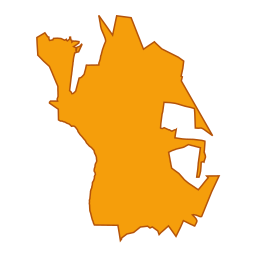 the district of Osumacinta, Chiapas, Mexico
{"feature_id": "50627088B17326140216089", "entity_name": "Osumacinta", "entity_type": "district", "adm_level": 2, "iso_a3": "MEX", "parent_name": "Mexico", "parent_adm1": "Chiapas", "projection": "equal_earth", "projection_center": [-93.085, 16.896], "detail": "fine", "context": "isolated", "style": "filled", "palette": "amber", "viewbox_px": 256, "rotation_deg": 0, "n_neighbors": 0, "source": "geoboundaries", "source_scale": "gbopen_adm2", "svg_char_len": 4977}
<svg xmlns="http://www.w3.org/2000/svg" viewBox="0 0 256 256"><path d="M212.6,135.7L181.3,80.9L182.3,76.8L181.1,76.2L182.8,68.4L183.7,61.1L178.3,57.2L161.8,48.9L158.9,46.2L155.2,42.7L154.4,41.8L148.3,45.9L145.8,47.6L143.5,49.2L141.1,43.2L139.3,38.5L137.7,34.5L135.7,29.4L133.2,23.0L131.1,17.7L126.8,17.1L122.1,16.5L116.7,15.8L115.9,19.5L114.0,28.5L112.6,35.1L104.9,24.1L101.4,19.2L99.6,16.6L98.7,15.4L99.0,16.8L99.3,17.9L99.5,19.2L99.7,20.6L99.9,21.6L100.1,22.6L100.4,24.3L100.6,26.1L101.3,29.0L102.8,32.6L103.4,33.9L104.5,36.6L105.3,38.8L105.6,40.5L105.6,41.5L104.4,44.3L103.6,46.5L102.5,49.6L101.5,53.5L101.3,54.5L100.7,56.0L100.3,58.9L99.5,61.4L98.9,63.1L98.8,65.0L93.4,65.1L91.6,65.1L90.9,65.1L88.7,65.2L86.4,65.1L86.2,65.7L86.2,66.0L85.5,69.2L84.2,74.0L84.0,74.5L81.9,76.8L80.8,77.6L79.1,78.1L75.7,91.1L74.7,92.1L73.3,93.4L72.9,93.5L71.9,93.7L71.1,92.0L69.6,90.6L71.1,77.7L71.3,76.2L71.6,74.3L71.8,72.2L72.0,71.1L72.1,70.0L72.3,68.1L72.7,65.2L72.9,63.9L72.9,62.8L73.2,61.5L73.3,60.6L73.3,60.2L73.5,58.6L73.6,57.9L73.8,56.9L74.0,56.1L74.6,53.5L74.6,53.3L74.7,53.0L76.4,52.4L76.5,52.3L77.4,52.1L78.6,51.8L81.9,44.7L81.7,44.3L81.6,44.2L79.7,46.3L76.9,47.3L76.1,51.6L75.9,49.8L76.2,48.4L75.9,47.8L73.6,46.6L76.5,44.7L78.9,42.9L79.0,41.6L75.5,41.1L74.0,41.2L73.2,41.0L71.9,42.1L71.7,40.3L70.9,40.0L70.5,37.2L70.3,37.3L70.1,37.4L69.7,37.3L69.8,38.4L69.5,39.1L68.9,39.6L67.5,40.9L67.3,40.9L66.9,40.4L66.6,40.3L66.4,39.3L64.6,40.2L64.4,40.1L61.0,38.5L57.4,38.2L53.5,38.4L52.9,39.8L50.0,40.4L49.8,40.4L49.7,40.5L49.5,40.4L49.0,39.0L48.9,38.7L48.9,37.8L48.9,37.1L47.7,36.8L44.9,32.8L38.8,36.4L36.9,37.5L36.9,38.5L37.1,43.2L37.2,45.0L37.8,54.6L37.7,55.0L43.7,61.2L49.4,66.4L51.5,71.2L52.4,73.3L53.3,75.6L53.7,76.4L54.6,78.7L55.5,80.7L56.0,82.0L56.6,83.4L57.1,84.5L57.9,86.4L57.9,87.1L57.9,90.0L58.0,92.1L58.0,93.7L58.1,96.4L57.1,99.1L57.6,101.1L50.5,101.1L49.5,102.2L49.5,103.1L58.3,109.2L58.5,119.9L60.4,121.0L62.3,121.1L63.6,121.8L64.3,121.8L65.5,122.4L67.1,123.3L68.1,123.6L69.3,124.1L70.6,125.3L71.5,126.3L72.2,126.2L72.9,126.0L74.1,126.2L75.4,127.1L76.5,128.6L77.4,129.7L78.1,131.7L80.2,134.7L82.0,136.6L84.0,139.1L85.3,140.5L86.5,142.9L87.9,144.4L89.3,146.0L91.4,147.5L94.0,150.4L94.5,152.8L95.7,155.2L96.4,157.2L96.5,159.0L96.7,160.3L96.6,161.6L95.4,163.9L95.1,165.1L95.0,166.7L94.4,168.4L94.1,170.1L94.3,171.5L95.1,172.5L95.2,173.5L95.4,174.4L94.4,176.4L94.4,178.2L94.0,179.5L93.4,181.0L92.5,182.4L92.4,183.3L92.3,185.1L91.9,186.4L91.7,188.0L91.0,189.5L90.5,191.5L90.5,192.3L90.4,193.1L90.3,194.3L90.2,195.5L90.0,197.3L89.9,198.7L89.4,200.1L89.5,202.1L89.3,203.2L89.6,205.2L89.7,207.9L89.8,209.4L89.9,210.8L90.7,213.3L91.6,217.1L92.4,220.0L92.9,221.0L93.4,222.7L93.6,223.4L94.0,224.1L94.4,225.0L111.0,225.2L117.9,225.3L118.2,227.0L119.4,234.2L120.4,240.6L121.6,239.0L121.6,238.0L126.9,234.0L133.7,232.4L140.4,227.0L147.6,226.2L150.0,228.0L152.3,226.9L157.8,230.9L159.1,234.6L160.9,232.6L164.7,229.3L166.1,228.0L168.5,225.9L169.1,226.8L170.1,228.1L176.0,236.4L180.4,227.4L183.4,220.6L191.0,224.4L192.7,225.1L194.0,225.8L194.7,226.0L196.0,223.5L196.8,221.8L196.9,220.7L196.1,218.9L194.7,217.2L192.4,214.9L193.3,214.6L196.1,215.1L198.3,215.9L199.3,216.4L200.2,216.6L200.7,216.7L201.6,216.5L203.6,211.6L211.7,191.6L219.1,175.9L206.6,176.0L207.1,176.6L208.2,177.7L207.8,178.2L207.7,178.3L206.8,179.4L206.1,180.2L203.2,183.8L202.3,185.0L199.8,188.0L199.4,188.4L198.3,189.8L196.7,188.7L196.1,188.3L195.6,188.0L194.4,187.1L194.1,186.9L193.0,186.2L191.7,185.3L189.7,184.0L189.1,183.6L187.4,182.3L186.2,181.3L184.3,179.7L182.9,178.0L182.0,177.0L178.8,173.4L177.0,172.1L171.7,168.2L170.9,164.6L170.5,162.1L170.4,162.1L170.0,159.6L169.3,155.8L169.0,154.4L168.9,153.5L168.6,152.3L172.0,150.6L175.7,149.3L176.0,149.1L183.0,147.4L184.3,146.9L186.2,145.8L188.4,144.6L189.7,144.9L190.4,145.1L191.7,145.5L192.3,145.6L193.5,145.9L195.0,146.3L196.0,146.6L196.6,146.7L197.5,147.0L198.1,147.1L198.9,147.3L199.6,147.5L200.4,147.7L200.2,149.3L199.6,153.7L199.5,154.6L199.0,158.0L198.7,160.0L198.6,161.0L198.4,162.2L198.3,163.0L198.2,164.1L198.2,164.6L198.1,165.7L198.1,165.8L198.0,166.4L198.0,167.0L198.0,167.3L197.9,167.7L197.9,168.1L197.5,171.4L197.3,172.6L196.7,177.1L199.0,177.1L199.8,174.6L200.6,171.1L201.0,166.5L201.1,163.9L201.2,162.3L203.5,161.5L203.7,161.9L203.9,161.8L204.0,161.9L204.1,161.4L205.5,157.1L205.4,155.9L205.0,154.4L204.6,153.7L204.6,153.1L204.1,152.2L204.4,149.8L204.7,145.9L204.9,142.9L204.9,141.2L201.9,140.4L193.6,139.4L186.3,139.2L182.3,138.9L174.9,137.8L175.4,134.3L175.6,133.1L176.2,129.4L175.6,129.9L174.5,129.9L171.9,131.2L170.3,130.4L169.5,129.8L168.9,129.9L168.1,129.5L164.1,127.7L162.7,128.5L160.8,128.3L160.5,128.0L160.7,126.1L160.8,123.8L162.1,113.8L162.5,112.5L162.7,111.7L164.0,102.3L170.0,102.6L175.1,103.3L177.1,103.8L178.2,104.1L182.1,105.3L183.8,105.8L185.1,106.2L190.9,107.5L193.7,108.3L194.4,108.5L194.8,113.2L195.1,121.8L195.2,125.0L195.3,128.0L198.2,128.2L201.2,128.0L203.4,129.0L212.6,135.7Z" fill="#f59e0b" stroke="#b45309" stroke-width="1.5"/></svg>